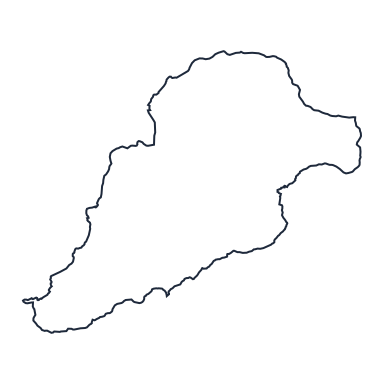 Stramtura, Maramures, Romania
{"feature_id": "2599482B10134802893946", "entity_name": "Stramtura", "entity_type": "district", "adm_level": 2, "iso_a3": "ROU", "parent_name": "Romania", "parent_adm1": "Maramures", "projection": "equal_earth", "projection_center": [24.134, 47.755], "detail": "fine", "context": "isolated", "style": "outline", "palette": "slate", "viewbox_px": 384, "rotation_deg": 0, "n_neighbors": 0, "source": "geoboundaries", "source_scale": "gbopen_adm2", "svg_char_len": 5907}
<svg xmlns="http://www.w3.org/2000/svg" viewBox="0 0 384 384"><path d="M59.9,331.9L60.8,331.5L66.4,331.1L68.1,328.7L71.6,328.8L72.9,329.5L74.5,329.5L80.5,328.3L85.1,328.0L86.9,327.4L89.5,324.7L91.2,323.8L91.8,323.2L91.7,322.5L92.6,319.7L94.5,320.3L95.3,320.0L96.4,319.2L99.1,317.9L100.1,317.0L101.9,316.8L104.0,316.2L104.7,315.7L105.7,313.9L106.0,313.7L108.1,313.1L109.7,313.1L110.3,312.8L111.9,311.5L112.3,310.7L112.5,309.3L114.8,305.4L117.2,303.9L121.6,303.0L122.9,302.2L124.0,301.0L125.7,300.0L131.5,299.5L133.6,301.6L134.6,302.1L139.4,303.1L140.9,302.8L142.4,302.0L143.5,300.7L144.2,299.0L144.2,297.2L144.6,296.4L145.9,295.8L146.5,294.7L148.4,293.9L151.4,291.3L151.8,290.5L152.0,289.4L153.5,288.7L156.2,288.3L157.9,288.5L158.5,288.3L162.0,288.6L162.6,289.0L163.2,289.8L164.6,290.6L165.7,292.1L166.2,292.9L166.3,293.9L166.6,294.4L166.8,296.1L169.0,294.2L169.0,293.4L168.5,292.8L168.7,291.4L169.9,290.3L170.7,289.2L172.5,288.3L174.5,286.3L180.3,284.4L181.6,282.0L182.6,281.1L183.9,280.4L184.5,279.0L184.7,278.8L185.2,278.7L186.3,278.1L188.3,278.0L189.5,277.3L190.5,277.5L192.9,279.2L193.9,278.9L194.3,278.1L197.0,275.6L197.8,274.5L199.0,272.4L201.3,269.9L202.1,268.2L202.5,268.1L203.4,268.7L206.6,268.5L207.6,267.4L209.3,266.5L210.0,265.3L211.8,263.8L213.7,260.9L214.9,260.4L215.6,259.7L218.1,259.2L219.7,259.2L222.3,257.8L224.1,257.6L227.0,256.7L227.2,256.2L227.1,255.0L227.4,254.0L229.2,253.9L231.0,252.8L233.4,250.8L234.3,250.8L237.3,252.1L239.5,252.1L242.7,252.9L246.7,252.7L249.1,251.7L251.8,251.1L253.8,249.4L255.0,249.3L257.6,248.6L260.2,248.8L263.4,248.1L271.0,244.7L272.2,243.6L273.1,243.3L274.3,242.3L274.3,240.5L274.8,239.5L276.4,238.0L278.1,235.8L279.2,235.1L280.7,233.1L283.1,231.3L283.7,230.4L284.9,229.3L284.9,228.8L285.5,227.9L285.6,227.1L286.2,226.4L286.4,225.2L287.3,223.4L287.1,222.7L286.1,221.8L285.6,220.7L284.4,219.0L283.8,218.4L282.6,216.4L282.0,215.1L282.7,212.6L281.9,210.1L282.3,208.7L282.4,206.4L282.0,205.3L279.3,204.4L280.3,197.9L279.9,196.4L280.5,195.8L280.7,194.4L280.9,193.9L278.8,193.0L278.5,192.2L277.5,191.9L277.5,190.0L281.1,188.6L281.2,187.8L282.8,187.6L283.4,186.9L284.6,187.4L284.7,187.2L284.2,187.0L284.3,186.1L284.6,185.8L285.3,186.0L285.6,186.6L287.1,187.0L287.4,186.2L289.0,184.4L290.0,183.8L292.3,183.2L295.2,180.5L295.4,180.2L295.1,179.5L295.1,179.1L295.8,178.3L296.0,176.5L296.7,175.6L297.7,175.2L298.6,173.8L299.7,173.2L300.0,171.7L303.6,169.5L306.2,168.8L307.4,168.1L309.0,166.7L310.8,165.9L316.3,165.5L318.9,164.3L321.8,164.5L324.7,163.4L325.9,163.5L329.4,164.8L332.1,164.9L333.3,165.2L336.4,166.6L339.8,169.0L343.5,172.4L346.0,173.4L348.4,173.0L351.9,172.0L352.9,171.4L354.8,169.2L357.8,167.1L359.3,165.5L359.6,164.5L359.7,162.2L359.5,160.5L359.9,158.7L360.5,157.6L360.6,156.9L360.2,155.7L360.4,153.6L360.5,151.6L360.1,147.4L356.8,144.6L357.1,142.8L357.5,141.9L358.0,141.5L360.3,137.7L361.0,136.0L360.9,134.6L360.8,133.1L360.1,131.2L359.7,129.0L359.2,128.3L356.5,126.2L356.2,125.6L355.8,123.0L355.0,120.6L355.2,117.3L353.2,117.2L349.2,117.6L342.1,116.6L338.3,115.6L336.1,116.3L332.2,116.0L330.2,115.5L327.5,114.0L325.6,113.7L322.3,112.6L318.6,110.7L314.2,110.2L312.5,109.1L311.2,107.6L310.3,106.9L307.7,105.9L306.0,105.7L304.2,104.0L302.9,101.6L299.3,96.7L298.9,94.2L300.0,89.9L297.8,86.0L297.5,85.7L293.1,84.1L292.3,83.0L292.1,82.3L292.2,81.1L291.8,79.6L289.2,76.0L288.4,72.9L288.7,70.4L287.8,67.8L286.7,66.7L286.6,65.5L285.8,63.9L286.0,63.5L284.7,62.0L281.2,59.5L277.1,57.7L276.2,56.8L274.5,56.3L272.9,56.1L269.4,56.9L266.9,57.0L266.0,56.8L264.0,55.3L258.7,53.3L252.2,52.8L244.8,53.2L243.3,53.0L241.0,51.8L239.8,52.6L235.8,52.9L229.8,54.9L227.4,54.2L224.5,51.5L223.5,51.2L218.6,52.7L215.3,54.2L212.5,56.9L209.4,58.6L205.7,59.2L202.7,58.5L199.5,58.4L194.7,60.3L192.0,63.1L189.6,67.7L189.1,69.4L188.0,71.0L176.6,77.7L175.3,77.5L172.4,78.0L171.6,77.6L170.9,76.7L169.5,76.7L168.4,77.6L166.8,79.4L166.5,80.0L166.4,81.2L165.9,82.0L165.6,83.4L163.9,86.0L158.6,92.0L158.5,93.0L156.4,94.6L154.1,94.6L153.3,95.3L153.0,96.8L151.2,99.1L150.8,101.5L149.3,103.2L148.1,105.0L149.6,105.8L149.4,108.0L149.5,109.1L150.1,110.1L147.9,110.4L148.7,112.8L153.2,119.7L154.8,122.4L155.2,132.5L154.3,135.7L154.0,144.7L148.0,145.8L146.3,145.6L143.7,143.9L142.4,142.3L139.7,141.2L138.6,141.1L137.5,142.1L137.2,143.3L137.4,144.4L136.7,145.6L135.7,145.9L132.3,145.6L130.8,145.8L127.4,148.3L122.4,146.5L120.0,147.3L118.7,148.1L116.6,148.6L112.5,151.1L110.5,153.3L109.8,156.9L110.5,160.7L111.4,163.6L109.6,166.1L109.3,167.1L109.1,169.1L108.1,171.4L106.1,174.4L104.3,175.8L103.4,179.8L103.1,183.2L102.1,186.0L101.5,194.0L100.8,197.4L99.7,198.1L98.8,199.1L97.0,203.2L97.9,204.8L97.8,205.4L97.2,205.6L97.0,206.4L95.8,207.4L95.3,207.3L95.1,206.6L92.2,207.6L89.5,207.9L87.0,208.8L86.4,210.4L86.3,213.2L86.9,215.2L88.1,216.4L88.6,217.8L87.1,218.2L87.6,219.2L87.3,220.1L87.9,221.0L89.9,222.6L90.4,224.3L89.9,227.0L90.2,228.8L88.8,235.3L86.1,241.6L84.9,242.5L84.5,243.7L84.5,244.3L83.7,245.3L82.2,246.3L81.4,247.6L79.7,248.0L78.2,248.6L76.3,248.4L75.7,248.7L75.2,249.3L74.3,251.9L74.4,252.4L73.9,253.1L73.2,253.4L72.8,253.9L72.7,255.6L72.8,256.3L73.5,256.8L73.7,257.3L73.8,258.0L73.0,261.7L71.5,263.6L69.2,265.0L66.4,268.5L60.1,271.9L51.1,276.1L50.7,277.0L50.9,277.5L50.9,278.1L50.2,279.4L51.6,281.9L51.4,282.8L50.7,283.3L50.7,283.7L50.7,284.3L51.3,286.0L51.7,286.3L50.1,287.9L48.9,289.7L48.8,290.1L49.1,290.9L49.9,291.6L49.1,292.8L48.0,293.6L47.4,294.8L43.2,297.3L42.1,298.3L41.4,298.3L41.3,298.8L40.8,298.7L38.9,299.4L38.8,300.0L38.3,300.1L37.8,300.1L37.3,299.7L37.5,299.2L37.1,298.0L36.2,297.6L33.0,299.1L32.2,298.9L31.7,298.2L27.9,300.1L26.2,299.6L24.5,299.6L23.0,300.6L23.5,301.7L25.7,303.1L27.5,303.3L31.5,302.5L33.0,302.4L32.8,306.5L33.8,308.7L34.3,309.1L35.4,314.9L34.3,316.6L33.6,317.9L33.4,318.9L33.4,320.6L36.0,323.5L37.5,325.7L40.6,328.0L42.0,330.0L44.8,330.9L45.5,330.7L47.3,330.7L51.4,332.8L53.1,332.5L54.2,331.5L59.9,331.9Z" fill="none" stroke="#1e293b" stroke-width="2"/></svg>